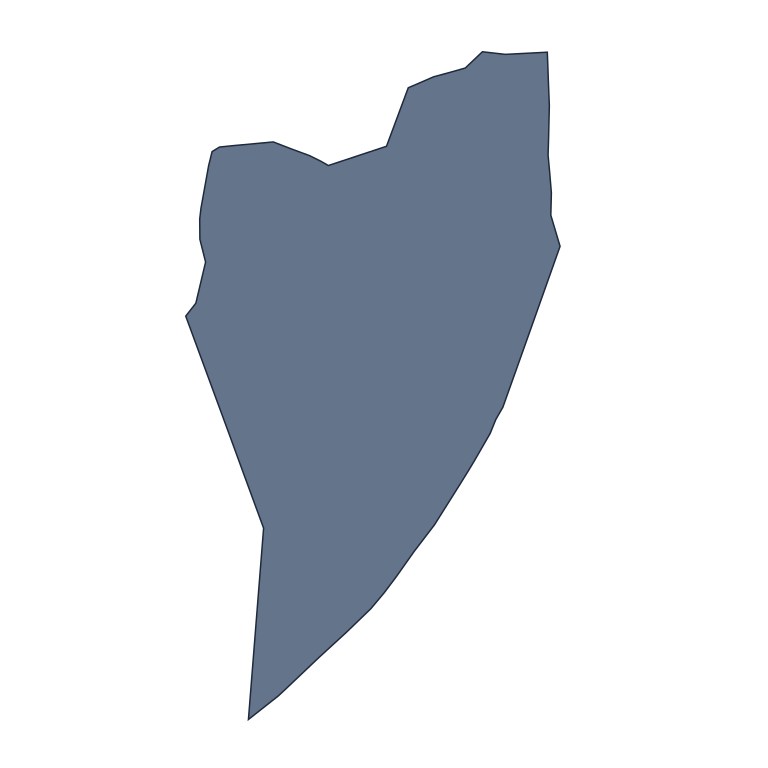 outline of Dordieb, Red Sea, Sudan, rotated 265°
{"feature_id": "16777658B19100050508345", "entity_name": "Dordieb", "entity_type": "district", "adm_level": 2, "iso_a3": "SDN", "parent_name": "Sudan", "parent_adm1": "Red Sea", "projection": "orthographic", "projection_center": [35.963, 17.512], "detail": "fine", "context": "isolated", "style": "filled", "palette": "slate", "viewbox_px": 768, "rotation_deg": 265, "n_neighbors": 0, "source": "geoboundaries", "source_scale": "gbopen_adm2", "svg_char_len": 898}
<svg xmlns="http://www.w3.org/2000/svg" viewBox="0 0 768 768"><g transform="rotate(265 384 384)"><path d="M350.5,500.4L397.2,521.8L423.0,533.6L505.8,571.4L537.6,564.9L559.8,567.4L579.5,567.5L597.7,567.4L613.8,569.3L628.3,570.9L631.9,571.3L647.0,573.0L649.8,573.1L651.6,573.2L674.6,574.3L687.8,575.0L700.3,575.6L701.8,533.6L706.4,511.0L691.7,492.5L688.2,474.1L685.8,460.5L677.0,434.0L620.6,407.2L606.5,347.6L611.3,340.7L618.0,329.7L626.4,311.9L634.8,294.8L634.6,254.8L634.4,240.8L630.5,233.0L616.7,228.3L595.7,222.6L575.1,217.0L564.5,214.8L544.2,213.2L521.0,216.9L480.9,203.6L468.9,192.4L347.9,225.3L310.3,235.4L250.9,251.5L61.6,219.7L63.1,222.0L66.4,227.0L82.6,251.7L90.3,261.5L117.5,295.7L140.0,325.0L161.3,351.3L175.9,365.9L190.9,379.4L214.3,399.2L239.3,422.0L276.7,450.4L289.1,459.7L299.8,467.5L325.4,485.4L338.9,492.3L350.5,500.4Z" fill="#64748b" stroke="#1e293b" stroke-width="1.5"/></g></svg>